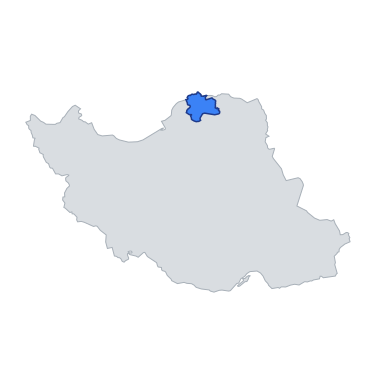 North Khorasan highlighted on a map of Iran, rotated 340°
{"feature_id": "IRN-3246", "entity_name": "North Khorasan", "entity_type": "Province", "adm_level": 1, "iso_a3": "IRN", "parent_name": "Iran", "parent_adm1": "", "projection": "albers", "projection_center": [57.06, 37.45], "detail": "fine", "context": "in_parent", "style": "filled", "palette": "blue", "viewbox_px": 384, "rotation_deg": 340, "n_neighbors": 0, "source": "natural_earth", "source_scale": "10m", "svg_char_len": 5462}
<svg xmlns="http://www.w3.org/2000/svg" viewBox="0 0 384 384"><g transform="rotate(340 192 192)"><path d="M187.5,115.1L191.2,115.4L198.1,113.2L198.8,112.7L201.0,108.1L203.3,106.0L207.5,103.6L210.1,102.8L219.3,103.3L220.1,101.4L221.6,100.4L231.6,101.0L233.1,102.5L233.8,105.1L242.2,107.5L243.9,108.3L245.9,110.2L247.6,110.7L249.8,109.8L251.2,110.4L253.4,109.8L259.9,112.6L260.9,115.6L262.1,116.9L263.6,118.1L268.9,120.3L270.4,121.6L274.4,127.0L285.0,126.5L285.7,127.6L285.7,130.0L286.6,135.6L285.9,137.7L287.3,139.5L287.3,143.0L288.0,145.5L286.9,148.9L285.7,149.6L286.5,152.6L285.5,155.6L285.7,156.7L284.1,159.2L284.1,160.2L281.0,162.6L283.4,165.9L280.0,166.2L277.9,169.9L278.7,174.1L278.2,176.3L278.6,177.6L279.5,178.4L284.2,179.0L284.4,179.6L279.6,186.0L279.9,188.4L284.0,200.8L283.6,207.1L284.4,213.5L296.6,214.9L298.1,216.4L299.1,220.0L299.2,222.7L298.9,224.0L285.8,241.0L293.2,248.9L293.6,250.7L298.2,258.4L302.4,262.3L309.5,264.1L312.8,266.9L315.7,266.6L315.7,270.7L317.3,279.0L316.7,282.9L319.2,283.6L323.0,282.8L324.4,283.4L325.2,284.7L324.3,285.6L324.7,288.9L323.7,289.6L323.5,292.8L317.8,293.2L312.5,294.9L310.7,296.2L309.7,298.5L307.9,298.4L307.4,299.3L303.7,301.0L302.6,307.4L301.3,309.0L300.6,318.2L299.7,318.4L297.9,320.0L286.1,317.5L284.8,315.4L283.6,315.0L282.0,317.2L276.1,316.2L274.1,316.6L272.8,316.0L269.7,316.0L267.2,314.8L260.8,316.0L256.9,313.8L252.7,313.2L247.6,313.3L243.5,311.7L241.3,312.4L240.3,311.2L234.1,310.1L232.1,306.0L232.0,304.0L230.5,300.5L230.0,295.3L228.7,291.6L226.1,288.5L219.1,286.6L215.5,287.5L212.7,289.3L208.3,290.2L204.7,293.6L202.8,293.3L194.4,297.8L192.7,297.7L186.6,294.4L183.9,293.7L178.4,293.6L175.4,291.4L174.6,289.9L167.6,286.3L163.3,283.0L162.0,280.1L160.2,278.0L156.0,276.1L153.6,274.2L147.0,273.1L142.6,268.4L142.6,266.9L140.2,261.9L139.9,258.3L139.4,257.3L137.2,255.7L136.9,254.7L137.5,252.5L134.6,250.9L134.3,249.7L134.6,246.3L128.0,237.4L127.0,232.6L125.7,232.3L119.1,234.9L117.4,233.0L112.2,229.6L111.5,228.4L112.9,228.0L114.3,228.6L115.1,228.1L114.9,227.0L113.6,226.3L111.7,226.2L112.1,227.2L110.3,227.9L109.8,229.1L109.9,232.5L109.1,233.5L106.1,233.8L104.2,234.7L102.7,233.3L102.4,230.7L101.5,229.0L100.0,228.3L99.0,226.6L97.2,225.6L98.0,216.8L93.2,216.1L93.8,209.4L96.7,203.0L92.7,196.6L91.2,191.8L90.0,190.9L87.7,190.7L80.5,183.7L78.0,181.8L74.3,180.9L74.1,178.7L75.3,176.4L73.9,173.1L73.4,172.1L71.9,171.5L72.3,169.6L70.3,169.5L67.2,163.6L66.3,162.7L68.8,158.9L67.7,155.3L69.0,152.6L70.8,153.0L71.9,149.3L75.7,145.8L78.8,144.5L79.2,143.4L78.9,141.2L77.3,138.4L77.8,136.2L78.6,135.2L81.8,134.4L82.0,133.9L80.6,132.9L75.3,132.3L72.7,129.3L70.0,128.3L69.1,122.4L68.7,121.7L67.5,121.3L66.8,120.1L66.9,116.3L65.2,114.3L64.4,108.5L64.5,107.1L65.1,105.9L62.5,103.1L62.6,99.3L63.3,98.5L60.4,95.4L58.9,95.0L58.8,94.5L61.8,89.0L62.9,87.8L61.0,86.7L61.4,83.8L61.2,81.3L61.7,79.1L60.6,77.3L60.4,76.2L61.2,73.8L60.1,72.3L59.7,69.6L64.6,69.5L66.0,65.5L67.9,64.0L70.6,66.4L74.0,73.6L76.3,75.8L77.9,78.3L86.6,81.7L88.6,81.2L91.7,81.7L96.1,78.0L97.9,77.6L102.9,74.0L108.9,70.8L111.9,70.5L115.7,75.7L113.1,76.9L112.6,78.1L112.7,79.3L114.6,80.7L114.7,82.1L113.9,82.7L111.4,83.2L110.5,84.5L113.1,86.9L114.2,88.9L115.6,89.5L117.7,92.7L121.4,92.6L121.5,99.7L123.1,105.8L126.8,108.6L136.8,111.3L137.8,112.5L139.2,115.8L141.7,118.3L149.3,123.4L157.9,126.1L163.7,126.3L185.3,122.0L187.3,122.1L184.1,123.3L185.3,123.9L188.0,124.0L188.6,123.5L188.8,122.6L187.5,115.1ZM216.5,291.2L215.0,293.2L212.9,294.9L211.2,294.4L204.7,296.7L203.0,296.5L202.7,295.7L209.9,293.0L210.3,292.2L209.9,290.7L212.2,291.4L214.8,290.2L216.9,289.9L217.9,290.7L216.5,291.2Z" fill="#d9dde1" stroke="#a8b0b8" stroke-width="1"/><path d="M231.4,100.0L231.5,100.0L231.8,100.1L232.0,100.3L232.0,100.6L232.4,101.1L232.6,101.7L232.8,101.9L233.2,102.4L233.3,102.9L233.6,103.3L233.7,103.6L233.7,103.9L233.4,104.8L233.7,105.2L235.7,106.0L235.9,105.9L236.1,105.9L236.3,105.8L236.5,105.9L237.2,106.1L237.9,106.0L238.1,106.0L238.3,106.0L238.5,106.1L238.8,106.4L237.2,107.4L236.7,107.9L236.7,108.6L236.6,109.3L236.4,109.8L236.9,110.2L242.9,110.4L243.2,110.8L243.3,111.3L243.7,112.0L244.9,113.2L245.3,113.9L245.4,114.6L245.1,115.1L244.7,115.6L244.6,115.9L244.6,116.2L244.5,116.7L244.0,117.4L243.2,119.8L242.7,120.5L242.7,121.1L243.4,121.5L243.8,121.9L244.0,122.4L244.4,122.4L244.6,121.8L244.9,122.2L245.1,122.6L245.6,122.8L245.6,123.2L244.9,124.1L244.8,124.6L245.0,124.8L245.4,125.1L245.6,125.6L245.1,127.0L244.6,127.5L243.6,127.7L239.8,127.2L230.8,122.2L228.7,122.1L225.4,124.8L224.6,125.8L224.5,126.6L224.6,127.2L224.6,127.6L222.5,128.0L221.8,127.7L220.5,127.5L219.8,127.2L218.2,125.9L216.7,124.1L216.4,123.5L216.5,123.2L216.7,122.2L216.8,121.0L216.7,120.6L216.7,120.4L216.7,120.0L217.0,119.7L217.8,119.5L217.9,119.1L217.3,118.8L216.8,118.9L215.8,118.2L213.8,115.5L214.2,115.1L215.2,113.4L216.2,113.0L216.6,112.6L217.0,112.4L217.4,112.4L219.0,111.8L219.7,110.8L219.5,109.8L218.9,109.4L218.3,109.0L217.8,108.5L217.8,107.7L218.1,106.6L218.1,106.2L218.0,105.5L217.9,104.9L218.0,104.4L217.9,103.2L218.4,103.4L218.6,103.5L219.7,103.3L219.9,103.1L220.1,102.9L220.1,102.5L220.0,102.2L219.7,101.8L219.8,101.6L220.6,100.8L221.1,100.5L221.6,100.3L222.8,100.3L223.0,100.4L223.2,100.5L223.4,100.6L223.5,100.7L224.8,100.2L225.4,100.1L225.6,100.1L226.1,100.5L226.6,100.8L226.8,100.9L228.8,101.2L229.3,101.5L229.6,101.5L229.8,101.4L230.0,101.2L230.4,100.9L230.6,100.7L230.8,100.3L230.9,100.2L231.0,100.1L231.4,100.0Z" fill="#3b82f6" stroke="#1e3a8a" stroke-width="1.5"/></g></svg>